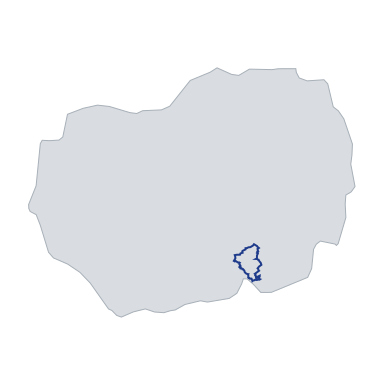 Saraj, Saraj, North Macedonia shown in context, rotated 183°
{"feature_id": "65306769B68285102273894", "entity_name": "Saraj", "entity_type": "district", "adm_level": 2, "iso_a3": "MKD", "parent_name": "North Macedonia", "parent_adm1": "Saraj", "projection": "albers", "projection_center": [21.239, 42.003], "detail": "fine", "context": "in_parent", "style": "outline", "palette": "blue", "viewbox_px": 384, "rotation_deg": 183, "n_neighbors": 0, "source": "geoboundaries", "source_scale": "gbopen_adm2", "svg_char_len": 2367}
<svg xmlns="http://www.w3.org/2000/svg" viewBox="0 0 384 384"><g transform="rotate(183 192 192)"><path d="M170.9,82.9L177.9,83.8L193.2,79.3L202.6,73.3L207.4,72.3L213.8,70.0L223.1,70.2L232.5,72.8L244.3,69.2L256.0,63.4L260.7,64.8L265.8,69.5L269.2,70.8L288.9,95.8L299.7,105.9L312.4,113.5L326.9,118.9L332.1,124.3L341.8,151.0L346.4,161.2L352.6,164.1L354.1,167.0L354.5,170.9L348.0,190.0L346.0,232.4L344.3,235.8L337.1,235.8L327.5,236.9L323.9,240.2L320.4,263.1L305.0,269.9L290.9,273.8L279.0,273.1L258.1,268.0L251.3,267.5L245.5,270.6L226.8,272.4L218.7,276.5L199.6,303.3L180.1,312.6L173.5,317.3L158.6,311.5L151.4,310.9L141.1,317.7L118.4,318.4L112.3,319.6L94.8,320.6L94.1,316.9L90.9,311.5L82.8,309.0L66.1,311.0L62.1,307.1L55.4,284.4L50.1,280.7L44.2,273.0L34.3,248.3L34.2,237.5L34.9,228.1L29.5,206.0L33.0,200.5L38.2,197.0L38.4,188.1L37.0,174.6L43.3,148.1L45.0,146.2L46.5,147.5L61.3,149.7L65.1,146.4L67.6,141.2L68.5,121.8L72.0,112.8L107.6,95.9L118.0,95.3L126.0,103.1L132.4,108.1L136.2,108.0L137.6,102.9L141.9,93.2L149.2,87.7L170.7,82.9L170.9,82.9Z" fill="#d9dde1" stroke="#a8b0b8" stroke-width="1"/><path d="M127.4,143.1L128.2,141.8L130.8,140.0L132.8,139.7L134.1,138.9L135.6,138.7L135.5,137.5L138.5,135.8L138.7,135.0L138.3,134.0L140.4,133.2L140.8,131.9L143.9,131.7L146.0,131.2L145.5,130.0L145.2,128.0L146.6,125.4L145.7,124.9L144.8,125.4L142.4,124.0L141.3,124.2L140.6,123.8L141.1,123.3L141.0,122.5L139.8,121.1L139.6,119.8L139.9,119.7L140.5,120.3L140.8,119.9L141.0,120.2L140.8,119.4L140.2,119.2L139.6,118.2L138.4,118.4L137.6,117.4L136.9,117.6L135.6,116.2L135.2,114.8L134.5,114.1L133.3,113.2L131.5,112.9L131.8,112.4L131.3,111.3L131.4,109.6L131.1,109.4L131.0,109.1L130.9,109.0L130.4,109.0L130.2,109.1L129.5,108.4L128.9,108.6L128.5,108.7L128.0,108.6L127.6,107.6L127.2,106.9L127.0,106.2L126.2,106.9L125.1,107.1L124.4,107.7L122.6,107.5L121.4,108.0L120.0,108.0L119.5,108.4L120.5,108.7L120.5,110.2L120.0,111.0L120.0,112.0L122.2,110.7L122.2,110.1L123.1,109.2L123.5,109.6L124.0,111.9L124.5,112.1L124.3,113.2L124.9,113.6L121.0,116.8L121.5,117.2L121.7,118.4L122.5,119.2L121.1,121.1L118.9,122.9L119.8,125.1L120.9,126.1L121.9,127.7L122.3,127.6L123.2,128.5L124.6,128.5L123.7,129.0L123.8,132.0L123.1,133.8L123.7,134.3L123.2,134.6L123.6,135.3L123.0,135.8L123.5,136.1L123.1,136.9L123.6,138.6L122.3,139.6L123.9,140.8L124.2,141.4L127.4,143.1Z" fill="none" stroke="#1e3a8a" stroke-width="2"/></g></svg>